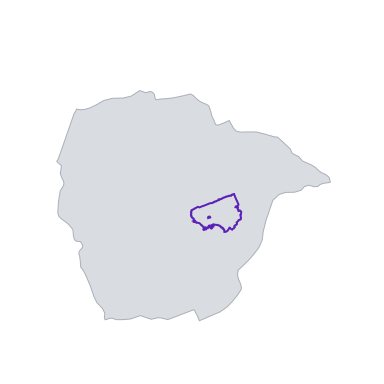 location of Gokwe South, Midlands, Zimbabwe, rotated 157°
{"feature_id": "62879985B62286453442238", "entity_name": "Gokwe South", "entity_type": "district", "adm_level": 2, "iso_a3": "ZWE", "parent_name": "Zimbabwe", "parent_adm1": "Midlands", "projection": "mercator", "projection_center": [28.824, -18.131], "detail": "fine", "context": "in_parent", "style": "outline", "palette": "violet", "viewbox_px": 384, "rotation_deg": 157, "n_neighbors": 0, "source": "geoboundaries", "source_scale": "gbopen_adm2", "svg_char_len": 7330}
<svg xmlns="http://www.w3.org/2000/svg" viewBox="0 0 384 384"><g transform="rotate(157 192 192)"><path d="M265.7,313.4L262.6,311.3L258.4,309.9L253.1,309.3L246.2,309.6L237.6,310.7L228.5,309.3L218.7,305.4L210.6,304.0L200.9,305.7L200.5,305.7L198.8,304.4L196.1,301.6L191.7,301.0L190.5,300.4L189.5,299.3L188.9,298.0L188.6,296.4L189.4,291.7L189.0,291.2L187.8,290.6L185.3,290.1L179.5,288.0L172.2,285.9L160.3,283.6L155.7,283.0L154.6,282.4L153.3,280.6L151.0,275.2L148.9,271.7L143.8,266.2L142.9,264.5L143.2,260.2L143.6,256.7L144.1,253.7L143.9,250.9L143.8,247.5L144.0,245.1L143.3,244.1L141.4,243.4L136.1,243.1L129.8,243.3L129.5,239.8L128.9,234.3L127.7,231.2L126.3,229.6L123.3,227.9L117.4,225.6L109.3,222.1L102.4,216.9L94.5,210.4L92.0,209.3L89.1,203.2L84.6,192.9L84.9,189.4L84.2,187.8L79.9,182.7L79.0,180.0L78.2,177.4L71.3,170.0L69.0,166.7L67.2,162.6L65.4,159.2L63.9,157.9L62.0,155.6L60.6,153.1L60.0,151.2L60.5,148.6L61.1,146.8L67.7,148.7L71.3,148.8L74.1,147.9L77.5,149.1L81.7,152.5L86.2,153.1L91.0,151.0L97.6,151.7L105.9,155.0L112.8,155.7L120.9,152.7L128.2,144.5L135.1,136.8L141.8,127.9L145.9,120.7L151.9,114.9L159.7,110.4L167.7,106.6L180.0,102.0L182.4,98.2L183.2,94.0L183.2,88.2L183.9,84.5L185.1,82.8L187.2,81.5L189.8,79.7L197.9,75.3L204.6,72.5L212.8,70.7L221.8,70.7L230.5,70.6L235.5,70.6L235.5,76.2L235.9,82.4L236.9,83.0L243.4,83.2L253.9,83.6L264.0,84.0L270.4,88.6L272.6,89.6L279.3,90.8L287.8,98.4L298.1,99.1L305.2,101.4L311.4,104.0L315.0,107.2L317.4,107.9L320.5,108.1L322.0,108.4L321.7,110.7L319.6,114.5L319.9,119.9L322.8,127.5L323.1,134.1L322.3,145.8L322.3,157.1L322.6,161.2L323.1,163.9L323.7,165.3L323.6,167.0L321.9,171.8L320.5,176.8L320.4,178.8L319.9,180.2L318.9,181.5L314.4,183.8L313.6,185.2L313.6,187.8L314.2,190.0L315.9,190.8L317.9,192.1L318.7,193.7L318.7,195.4L318.1,198.6L316.3,203.9L318.1,210.0L320.1,214.0L322.9,218.6L324.0,221.4L324.0,223.4L323.6,225.4L319.4,233.8L316.4,239.0L312.7,244.6L307.8,248.1L306.6,249.8L306.1,251.8L306.3,256.0L306.0,260.4L301.9,267.1L304.5,273.0L303.9,273.5L302.5,274.4L296.5,280.9L290.4,287.6L286.0,292.5L281.0,298.0L275.3,304.3L270.5,309.6L265.7,313.4Z" fill="#d9dde1" stroke="#a8b0b8" stroke-width="1"/><path d="M154.1,162.6L154.1,166.6L154.2,167.1L154.2,172.0L154.2,172.7L154.1,172.8L154.2,173.2L154.1,173.7L154.5,173.8L155.2,173.9L155.6,173.7L155.9,173.8L156.1,173.7L156.3,173.8L156.6,173.9L157.1,173.5L157.4,173.6L157.6,173.4L157.8,173.5L157.9,173.4L158.1,173.5L158.7,173.7L159.0,173.8L159.3,174.1L159.7,173.9L160.2,173.9L160.9,174.2L161.2,174.1L161.7,174.4L162.2,174.3L162.4,174.4L162.5,174.4L162.9,174.2L163.4,174.4L163.7,174.3L164.0,174.4L164.3,174.4L164.8,174.3L165.3,174.5L165.5,174.4L165.8,174.5L166.1,174.3L166.6,174.3L166.8,174.3L167.0,174.3L167.2,174.2L167.4,174.3L167.6,174.2L167.9,174.2L168.0,174.1L168.7,174.4L169.0,174.3L169.5,174.3L169.7,174.5L169.8,174.3L170.2,174.4L170.3,174.2L170.6,174.4L170.7,174.2L171.1,174.3L171.5,174.1L172.9,174.2L173.0,174.1L173.4,174.1L173.6,174.0L173.9,174.2L174.1,174.2L174.3,174.3L174.8,174.1L175.2,174.2L175.3,174.1L175.6,174.1L176.0,174.3L176.2,174.2L176.4,174.0L177.3,173.9L177.7,174.0L178.3,174.1L179.3,174.5L179.6,174.6L186.1,174.7L188.4,174.9L191.1,174.9L192.5,176.1L194.6,175.8L195.0,175.9L195.5,175.8L195.8,175.7L196.0,175.8L196.6,175.6L197.0,175.5L197.5,175.6L197.8,175.6L198.3,175.4L198.8,175.4L199.0,175.5L199.3,175.5L199.5,175.3L199.8,175.1L199.8,174.8L200.0,174.7L200.1,174.8L200.2,174.7L200.3,174.1L200.6,173.9L200.6,173.5L200.7,173.3L200.8,173.3L201.0,173.2L200.9,173.0L201.0,172.6L201.1,172.3L201.4,171.9L201.6,171.8L201.7,171.3L201.9,171.2L202.1,170.8L202.1,170.7L202.2,170.2L201.9,169.9L202.1,169.6L202.1,169.2L201.9,168.8L202.0,168.6L201.8,168.5L201.8,168.4L201.5,168.0L201.3,167.6L201.3,167.1L201.0,166.8L201.2,166.6L201.2,166.2L201.1,165.5L200.9,165.2L201.3,165.1L201.3,164.9L201.5,164.8L201.6,164.6L201.8,164.6L201.6,164.4L201.8,164.3L201.8,164.1L202.0,164.0L202.1,163.8L201.4,163.3L200.9,163.5L200.5,163.5L200.3,163.5L200.1,162.7L199.9,162.2L199.9,161.9L199.1,161.8L198.9,161.7L198.4,161.1L197.3,160.4L197.0,159.5L196.9,159.4L196.6,158.7L196.6,158.4L196.4,158.1L196.4,157.7L196.2,157.5L195.8,157.3L195.7,156.6L195.3,155.6L195.3,155.2L195.0,154.7L195.1,154.1L195.5,153.9L195.3,153.1L195.6,152.9L195.8,152.9L195.9,152.6L195.6,152.5L195.6,152.4L195.3,152.4L195.4,152.5L195.1,152.5L195.1,152.9L195.0,152.7L194.7,152.8L194.4,152.5L194.2,152.6L193.9,152.7L194.0,152.7L194.0,152.8L193.8,152.8L193.8,153.0L193.7,153.0L193.6,152.8L193.5,153.0L193.3,152.8L193.2,153.1L193.3,153.2L193.1,153.3L193.0,153.2L192.9,152.9L193.0,152.8L193.1,152.7L192.9,152.8L192.9,153.1L192.7,152.8L192.4,152.8L192.4,153.0L192.2,152.9L192.2,152.7L192.0,153.1L191.8,153.4L191.5,153.2L191.4,153.0L191.2,153.2L190.9,153.2L190.8,153.3L190.8,153.1L190.6,153.1L190.5,153.3L190.3,153.5L190.1,153.6L189.9,153.8L189.6,153.9L189.4,154.1L189.1,154.0L189.1,153.9L188.5,153.9L188.4,153.8L188.6,153.8L188.9,153.6L189.2,153.4L189.3,153.2L189.0,153.3L188.9,153.2L189.2,152.8L189.1,152.7L188.7,152.9L188.2,153.2L188.2,153.4L188.0,153.2L187.9,153.2L188.2,152.9L188.1,152.7L187.8,152.8L187.8,152.7L188.0,152.6L188.3,152.5L188.2,152.4L188.1,152.0L188.6,152.2L188.6,151.8L188.0,151.6L188.0,151.3L188.1,151.1L188.5,151.3L188.7,151.1L188.5,150.9L188.0,151.1L187.9,150.9L187.5,151.1L187.4,151.5L187.5,151.7L187.3,151.7L187.3,151.9L187.0,152.0L187.2,152.3L187.0,152.5L186.9,152.7L186.9,152.4L186.7,152.3L186.7,152.6L186.4,152.6L186.5,152.7L186.4,152.6L186.4,153.0L186.2,152.8L186.1,153.0L186.0,152.9L186.1,152.6L185.9,152.5L185.8,152.9L185.6,152.9L185.6,153.0L185.9,153.0L185.7,153.4L185.7,153.6L185.3,153.5L185.2,153.7L185.2,153.9L185.0,154.0L184.8,153.9L184.5,153.5L184.0,153.1L183.2,152.7L182.6,152.3L182.5,152.2L182.4,152.1L181.9,152.0L181.6,151.8L181.4,151.8L181.2,151.7L181.0,151.4L181.0,151.2L180.9,151.0L180.2,150.7L179.8,150.3L179.7,150.0L179.4,149.8L179.3,149.5L179.4,149.3L179.2,149.1L179.3,149.0L179.2,148.7L178.9,147.9L178.7,147.7L178.2,147.7L177.9,147.2L177.7,146.8L177.9,146.7L178.1,146.2L177.8,145.9L177.7,145.9L177.5,145.7L177.3,145.5L177.2,145.0L177.3,144.8L177.2,144.6L177.3,144.5L177.2,144.1L177.6,143.3L177.7,143.0L177.4,143.0L177.5,142.5L177.4,142.4L176.7,142.3L176.4,142.1L174.2,142.5L173.4,143.1L172.7,143.5L172.3,143.8L172.0,144.2L171.1,144.4L171.0,144.2L171.0,143.9L171.2,143.6L170.9,143.5L170.8,143.3L170.5,142.7L169.8,141.7L168.9,142.2L167.9,142.1L167.6,142.4L166.9,142.7L166.4,142.9L166.4,143.3L166.5,143.9L166.3,144.1L166.2,144.1L165.7,144.2L165.6,144.4L164.8,144.4L164.5,144.7L163.4,144.7L163.0,145.2L162.8,145.9L162.8,146.6L162.6,146.7L162.1,146.8L161.6,147.0L160.8,147.2L160.5,147.5L160.3,147.8L160.1,147.9L159.7,147.9L159.4,147.8L158.9,147.9L158.7,147.8L158.4,147.7L157.8,147.8L157.4,148.3L157.1,149.1L156.9,149.3L156.9,149.5L156.9,150.3L156.6,150.6L156.5,151.0L156.4,151.6L156.5,151.9L155.8,152.1L155.6,152.8L154.9,153.6L154.6,154.2L154.4,154.8L154.8,155.6L155.0,155.9L155.2,156.4L155.4,156.4L155.9,156.1L156.6,156.3L156.5,156.7L156.5,157.5L156.6,157.9L156.5,158.1L156.5,159.1L155.8,159.5L155.7,159.9L156.0,160.2L155.9,160.6L157.6,160.8L157.9,161.0L157.5,161.5L157.2,161.6L156.2,161.4L155.1,161.5L154.2,162.1L154.1,162.6ZM185.2,162.3L185.2,161.4L185.5,161.4L186.1,161.7L186.9,161.7L186.8,161.9L187.1,161.9L187.3,162.1L187.0,162.5L186.7,162.4L186.1,162.7L185.8,162.7L185.5,162.6L185.2,162.3Z" fill="none" stroke="#5b21b6" stroke-width="2"/></g></svg>